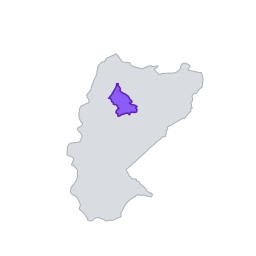 Burkina Faso, with Sanmatenga highlighted, rotated 318°
{"feature_id": "BFA-2825", "entity_name": "Sanmatenga", "entity_type": "Province", "adm_level": 1, "iso_a3": "BFA", "parent_name": "Burkina Faso", "parent_adm1": "", "projection": "orthographic", "projection_center": [-1.043, 13.248], "detail": "fine", "context": "in_parent", "style": "filled", "palette": "violet", "viewbox_px": 256, "rotation_deg": 318, "n_neighbors": 0, "source": "natural_earth", "source_scale": "10m", "svg_char_len": 4479}
<svg xmlns="http://www.w3.org/2000/svg" viewBox="0 0 256 256"><g transform="rotate(318 128 128)"><path d="M185.4,157.6L179.4,157.9L177.2,158.6L175.9,158.6L175.9,158.0L175.7,157.7L168.2,155.9L162.9,154.9L157.6,153.7L157.3,154.8L156.5,155.5L155.3,155.6L154.5,155.4L154.0,156.3L153.1,157.4L151.9,158.0L150.7,158.7L150.0,159.3L149.5,159.4L148.3,157.9L146.6,157.7L143.6,158.0L142.2,157.6L140.4,157.4L135.9,157.7L128.9,157.1L127.7,157.4L127.4,157.7L120.5,157.7L112.8,157.8L106.4,157.8L100.8,157.8L100.7,157.6L98.9,157.5L98.7,158.0L97.1,163.9L96.9,167.1L97.7,169.1L98.7,170.3L99.8,170.9L99.9,171.6L99.0,172.5L99.1,173.5L100.1,174.4L100.3,175.5L99.8,176.5L99.9,179.1L100.6,183.2L100.6,185.9L99.9,187.1L100.3,189.1L101.6,192.1L101.9,193.3L101.4,193.9L100.2,194.6L99.0,194.6L97.7,192.8L97.1,192.0L96.0,190.2L95.1,188.4L93.8,187.6L92.6,186.9L91.1,184.6L89.6,183.5L88.1,183.8L85.9,183.3L81.3,182.7L76.5,182.8L74.4,183.3L72.4,184.1L67.4,185.9L65.4,186.8L63.8,189.1L62.1,189.0L60.4,188.2L59.3,187.2L57.0,187.4L54.8,186.3L52.7,184.3L51.1,183.6L49.1,182.1L48.6,179.4L47.3,177.4L46.2,174.8L44.4,173.5L42.4,172.8L39.7,172.9L37.8,171.8L36.4,170.2L36.8,168.9L37.5,167.0L37.6,165.1L38.1,162.1L37.9,158.4L37.4,155.7L38.9,154.6L40.7,153.7L41.9,151.9L43.1,147.9L43.6,144.5L43.3,143.2L42.7,142.2L42.2,140.7L42.0,138.9L42.3,137.3L43.7,135.8L45.4,134.6L46.6,134.0L49.8,133.5L53.7,132.6L56.0,131.6L57.7,130.6L58.6,129.8L59.6,128.1L61.1,126.8L62.3,125.5L62.5,121.9L62.5,119.8L61.7,118.6L61.2,117.6L67.1,114.8L67.1,112.8L66.4,110.5L65.2,108.7L64.8,107.1L66.5,105.3L67.9,103.9L69.0,102.8L71.3,101.0L73.7,100.5L75.8,101.2L82.1,105.6L83.2,105.8L84.6,105.5L86.3,104.4L88.5,103.6L89.3,100.7L89.2,96.6L89.8,94.7L90.9,94.3L94.6,95.2L95.5,95.2L96.6,95.0L97.4,94.2L97.3,92.9L97.2,91.7L98.4,87.8L100.6,84.9L105.0,81.3L106.4,80.6L108.0,80.3L115.8,82.8L117.1,82.2L119.1,76.0L121.2,75.4L123.8,75.3L125.4,74.8L126.3,74.4L130.0,72.0L136.6,68.8L140.2,67.5L140.9,67.0L143.4,64.7L146.8,62.1L148.9,61.6L151.9,61.4L153.8,61.8L154.3,62.5L154.9,62.9L158.7,61.8L164.3,63.5L169.1,65.2L168.8,66.3L168.8,68.3L168.4,71.3L167.9,75.0L169.9,77.4L172.3,79.9L173.0,80.9L172.3,83.5L172.8,84.9L174.1,87.4L176.2,90.5L178.4,93.7L180.0,94.1L181.4,94.4L182.3,94.9L183.6,95.5L184.9,95.8L186.0,96.5L186.7,97.2L187.6,99.2L190.1,100.5L191.9,101.8L191.2,102.4L189.0,102.2L187.0,101.6L186.7,102.6L186.7,106.2L187.0,109.3L187.5,109.7L189.6,110.2L194.5,114.1L198.9,117.8L200.4,118.7L202.8,119.1L205.6,119.2L206.7,118.8L209.4,116.9L210.8,116.7L212.1,116.7L212.8,117.0L214.1,118.5L215.3,120.8L215.7,122.5L215.6,123.5L215.2,123.8L213.0,124.3L212.1,124.6L211.8,125.1L212.2,126.3L212.6,127.0L215.0,130.3L218.5,134.8L219.6,135.9L219.0,137.3L217.3,140.8L216.0,142.3L210.3,147.3L207.4,146.8L201.5,147.9L200.6,146.7L199.2,146.6L197.5,146.8L196.8,147.2L196.7,147.7L196.1,148.4L195.0,150.4L194.1,150.9L193.1,151.2L191.8,151.2L191.0,151.5L191.0,152.4L190.8,153.3L189.9,153.7L189.5,154.7L189.6,155.6L189.1,156.1L188.0,155.8L187.3,155.6L186.7,156.8L185.9,157.6L185.4,157.6Z" fill="#d9dde1" stroke="#a8b0b8" stroke-width="1"/><path d="M148.9,118.1L148.3,118.0L147.4,118.1L147.1,118.7L147.2,119.5L147.2,120.0L146.5,120.7L145.6,121.4L145.0,121.7L144.3,121.5L143.2,120.8L141.6,118.9L140.6,118.3L139.6,118.4L139.2,118.3L139.2,118.2L138.7,118.1L138.5,118.4L138.5,118.6L138.4,118.9L138.3,119.2L138.0,119.1L137.8,118.8L137.9,118.6L138.2,118.4L138.3,118.1L138.3,117.8L138.1,117.7L137.9,117.6L137.9,117.3L137.4,116.5L136.3,115.7L135.2,115.1L134.0,114.8L133.3,114.6L133.0,114.1L132.8,113.8L132.4,113.8L131.6,113.6L130.8,113.6L130.2,113.6L129.6,113.3L129.0,112.9L128.6,112.7L128.8,112.5L129.1,111.6L129.8,110.6L129.7,110.1L129.3,109.3L129.3,108.6L130.1,107.8L131.4,107.3L132.7,107.1L133.7,107.1L134.4,107.2L134.5,106.6L134.4,105.6L134.5,105.0L134.8,104.3L135.0,103.7L134.4,102.4L133.5,101.4L133.1,100.4L133.7,99.7L134.0,98.8L133.6,97.7L133.6,97.2L133.9,96.8L134.3,96.1L134.7,95.1L134.5,94.3L133.7,93.0L134.6,92.9L135.6,92.6L136.7,92.5L137.8,92.5L139.6,91.7L140.1,91.8L141.8,91.0L144.7,90.3L148.0,88.7L149.2,87.5L149.5,87.5L149.8,88.1L150.1,88.5L150.3,88.6L149.2,89.5L149.0,90.3L149.1,91.6L148.8,93.1L148.4,93.9L147.9,94.1L147.3,94.5L147.1,95.3L147.1,96.6L147.7,99.2L148.1,99.9L148.5,100.3L148.8,101.9L149.1,103.1L149.4,104.4L149.2,105.7L148.8,107.0L148.6,108.5L148.8,109.9L148.7,110.8L148.4,111.2L147.7,111.4L146.2,110.4L145.8,110.5L145.7,110.9L145.8,111.5L146.3,112.8L147.2,114.2L148.2,115.4L148.8,116.6L148.9,118.1Z" fill="#8b5cf6" stroke="#5b21b6" stroke-width="1.5"/></g></svg>